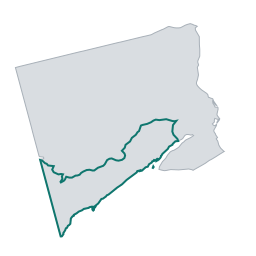 where Al Bahr al Ahmar sits in Egypt, rotated 75°
{"feature_id": "EGY-1556", "entity_name": "Al Bahr al Ahmar", "entity_type": "Governorate", "adm_level": 1, "iso_a3": "EGY", "parent_name": "Egypt", "parent_adm1": "", "projection": "equal_earth", "projection_center": [33.554, 25.647], "detail": "medium", "context": "in_parent", "style": "outline", "palette": "teal", "viewbox_px": 256, "rotation_deg": 75, "n_neighbors": 0, "source": "natural_earth", "source_scale": "10m", "svg_char_len": 4833}
<svg xmlns="http://www.w3.org/2000/svg" viewBox="0 0 256 256"><g transform="rotate(75 128 128)"><path d="M215.1,221.1L210.3,221.1L205.5,221.1L200.7,221.1L195.9,221.1L191.0,221.1L186.2,221.1L181.4,221.1L176.6,221.1L171.8,221.1L166.9,221.1L162.1,221.1L157.3,221.1L152.5,221.1L147.7,221.1L142.8,221.1L138.0,221.1L135.3,221.1L135.7,219.4L136.0,218.1L135.7,217.3L134.8,217.1L134.2,217.3L132.7,221.0L132.0,221.2L130.2,221.2L124.6,221.2L119.0,221.2L113.4,221.2L107.8,221.2L102.2,221.1L96.6,221.1L91.0,221.1L85.4,221.1L79.7,221.1L74.1,221.1L68.5,221.1L62.9,221.1L57.3,221.1L51.7,221.1L46.1,221.1L40.5,221.1L40.5,216.7L40.6,212.3L40.7,207.9L40.8,203.5L40.9,199.1L41.0,194.7L41.1,190.3L41.2,185.9L41.3,181.5L41.4,177.1L41.5,172.7L41.6,168.3L41.7,163.9L41.8,159.6L41.9,155.2L42.1,150.8L42.2,146.5L42.3,142.1L42.4,137.8L42.5,133.4L42.6,129.1L42.7,124.8L42.8,120.4L42.9,116.1L43.1,111.8L43.2,107.5L43.3,103.2L43.4,98.9L43.5,94.6L43.6,90.3L43.8,86.0L43.9,81.7L43.8,80.9L43.1,78.0L42.5,74.3L41.8,69.8L41.7,68.3L40.6,63.6L40.5,62.3L40.9,61.4L43.1,57.4L43.8,55.5L44.4,53.3L44.7,51.4L44.1,48.6L43.5,46.0L43.3,43.4L43.3,40.9L44.4,39.1L45.8,37.5L46.3,36.5L47.1,35.4L47.7,34.8L48.7,37.1L50.9,37.5L58.2,35.5L66.1,37.5L70.5,38.3L77.2,40.1L81.3,43.2L82.4,43.6L85.4,43.5L87.3,45.3L95.0,46.2L99.1,48.3L101.4,49.9L102.8,50.4L104.1,50.3L105.8,49.7L107.9,48.6L110.3,47.0L115.1,42.9L116.8,42.2L117.9,42.4L119.2,42.3L119.8,41.2L120.5,40.5L121.0,39.6L121.7,38.6L124.2,38.3L129.2,36.5L128.7,37.3L124.1,39.3L126.0,39.6L128.0,38.9L130.3,38.5L130.7,37.6L131.0,36.0L131.5,35.8L133.1,36.1L137.7,38.5L138.9,38.6L142.2,37.3L142.9,37.0L143.9,37.7L146.3,40.8L145.5,40.7L142.9,38.1L142.7,39.4L141.2,41.7L143.0,42.7L144.5,43.0L145.3,44.3L145.8,45.4L147.3,44.9L148.4,43.4L147.8,42.5L147.5,41.6L148.0,41.6L149.0,42.4L151.9,45.3L152.9,45.9L154.1,45.8L156.5,45.0L157.2,45.1L160.4,44.0L160.8,44.8L161.3,45.6L163.9,44.7L168.0,44.7L171.3,43.8L175.2,41.5L175.5,41.1L175.7,41.7L176.2,43.3L177.4,47.3L178.4,50.4L179.7,54.8L180.1,56.5L180.3,57.7L182.1,62.5L183.2,66.5L184.0,69.7L185.2,74.4L185.7,76.1L184.9,76.9L183.3,80.0L181.6,89.8L179.2,97.5L178.9,102.3L178.6,104.0L177.4,106.4L176.0,108.8L173.5,107.6L169.4,103.4L167.0,99.4L164.4,96.8L162.0,93.4L161.4,91.0L161.4,89.4L160.3,85.6L159.6,83.8L156.6,79.7L155.8,77.5L155.2,76.6L154.5,75.2L153.5,70.0L152.3,66.6L151.0,67.5L151.2,68.9L150.1,70.9L149.4,73.1L149.9,75.0L152.3,77.8L152.8,79.0L153.3,81.7L153.2,85.3L153.6,86.5L155.4,89.2L156.0,90.8L156.4,92.2L157.0,93.5L158.8,95.8L161.4,100.3L163.8,103.3L165.6,104.8L166.3,106.3L166.5,110.0L166.3,111.8L167.9,115.2L168.5,117.0L170.0,118.4L170.7,120.0L171.3,122.6L172.3,130.3L173.6,132.2L177.6,142.4L181.1,148.9L182.7,153.7L185.3,159.6L190.3,172.5L193.3,176.5L194.5,178.8L196.6,180.5L198.9,183.0L196.7,182.8L196.2,182.9L195.4,183.4L195.0,184.9L194.9,186.1L195.2,192.7L195.8,196.1L197.8,202.4L199.3,204.4L200.0,205.6L201.0,206.5L205.6,208.7L208.4,213.3L214.5,219.1L215.1,220.7L215.1,221.1Z" fill="#d9dde1" stroke="#a8b0b8" stroke-width="1"/><path d="M215.3,221.1L136.2,221.1L137.3,219.3L140.6,217.2L141.5,215.8L143.5,214.9L145.6,209.6L148.6,212.0L151.5,211.2L154.8,207.2L155.1,204.5L155.9,202.8L157.7,204.4L160.1,204.5L162.5,207.1L163.2,206.9L162.4,203.7L161.4,202.2L159.1,200.3L160.7,197.5L161.4,194.9L160.4,191.0L160.8,189.0L160.6,186.8L159.3,185.0L158.5,182.5L157.9,178.8L158.4,175.9L159.9,173.2L160.3,171.6L158.6,167.3L158.1,161.7L157.0,159.8L153.6,156.5L152.9,153.9L153.2,151.6L156.1,147.9L157.1,145.6L157.2,142.0L156.1,139.3L153.8,137.9L151.7,138.0L148.4,139.8L146.2,136.2L143.6,134.7L141.5,129.5L138.5,126.8L136.6,122.2L134.5,119.9L133.8,118.1L129.0,114.9L128.8,113.3L129.0,108.4L128.4,104.3L127.4,101.5L127.1,99.0L128.5,95.7L129.4,88.8L132.8,83.2L133.5,81.3L133.6,79.5L136.8,83.8L142.9,86.1L146.3,85.8L151.3,83.1L153.6,82.9L153.1,85.7L154.9,88.9L155.7,89.4L156.6,93.2L158.5,94.9L162.0,101.6L163.3,102.7L163.4,103.3L164.8,104.0L166.4,106.3L167.0,108.3L165.5,107.3L165.3,107.7L166.0,109.1L166.5,108.9L166.2,109.9L167.0,111.1L166.5,110.4L166.5,110.8L166.0,110.5L165.6,111.1L166.6,112.5L166.5,113.2L167.5,114.0L168.4,117.0L170.5,118.9L170.5,121.2L172.8,125.5L172.8,126.7L172.1,126.8L172.0,130.2L173.1,131.0L177.8,142.8L180.8,148.2L182.8,154.0L187.3,164.1L187.5,165.9L188.4,166.9L189.8,170.6L189.6,172.0L193.2,176.3L194.7,179.7L194.8,179.1L196.1,180.3L196.3,181.4L198.3,182.1L199.1,183.7L198.5,183.1L197.5,183.5L196.2,183.2L195.0,182.2L194.6,183.4L194.5,185.8L195.0,186.6L194.7,191.6L195.6,193.7L196.0,197.2L197.2,199.9L197.8,202.7L198.8,203.9L198.2,202.7L198.7,202.9L199.1,204.7L200.6,206.6L205.6,208.5L206.5,209.9L206.9,211.4L208.6,212.7L208.8,214.0L210.6,215.2L212.8,217.7L213.8,217.8L215.5,219.8L215.5,220.5L215.3,221.1ZM172.3,113.3L173.6,114.9L171.6,113.5L172.3,113.3ZM172.2,127.6L172.5,127.6L172.9,129.2L172.7,128.9L172.2,127.6Z" fill="none" stroke="#0f766e" stroke-width="2"/></g></svg>